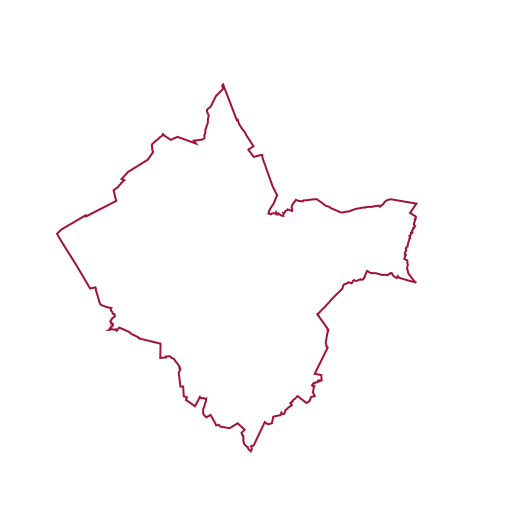 outline of Jiménez, Chihuahua, Mexico, rotated 238°
{"feature_id": "50627088B9615027683396", "entity_name": "Jiménez", "entity_type": "district", "adm_level": 2, "iso_a3": "MEX", "parent_name": "Mexico", "parent_adm1": "Chihuahua", "projection": "albers", "projection_center": [-104.567, 26.97], "detail": "fine", "context": "isolated", "style": "outline", "palette": "rose", "viewbox_px": 512, "rotation_deg": 238, "n_neighbors": 0, "source": "geoboundaries", "source_scale": "gbopen_adm2", "svg_char_len": 6070}
<svg xmlns="http://www.w3.org/2000/svg" viewBox="0 0 512 512"><g transform="rotate(238 256 256)"><path d="M380.3,99.0L370.1,98.7L344.0,98.8L316.3,98.1L314.8,102.3L314.8,102.9L314.4,103.2L312.5,102.7L312.1,102.2L311.0,101.8L310.8,101.9L309.3,101.4L308.1,101.3L307.7,100.9L306.9,100.7L306.0,100.7L303.6,99.7L301.7,99.5L301.5,99.2L300.8,98.9L297.4,98.4L295.9,99.1L293.8,100.9L292.7,101.4L292.5,101.8L291.1,103.0L288.5,105.8L287.8,104.7L286.8,104.1L285.8,104.1L284.5,104.6L283.3,104.0L282.8,104.0L281.8,105.0L281.1,105.1L280.5,104.9L280.2,104.3L279.5,104.1L279.4,103.2L279.5,102.4L279.4,101.3L277.8,97.8L276.1,98.1L275.9,98.0L275.9,97.6L275.4,97.4L275.3,98.0L274.6,98.5L274.1,98.5L274.1,98.3L273.1,97.9L272.5,96.6L272.7,96.3L272.9,96.2L273.0,95.8L272.3,94.7L272.3,94.3L272.1,94.0L271.8,93.2L271.5,92.9L271.3,93.1L271.3,92.2L270.8,93.1L270.7,93.9L271.1,94.6L270.8,94.5L269.7,95.6L268.0,97.7L268.1,98.3L266.5,98.3L267.8,102.1L259.3,107.9L257.0,108.8L255.6,109.1L253.4,110.7L248.7,113.5L248.1,113.1L232.2,128.6L220.3,120.8L217.7,125.8L218.6,126.3L216.5,130.0L213.8,130.5L213.2,131.4L212.0,131.9L209.9,131.9L205.1,132.5L202.2,132.4L202.2,132.0L201.7,131.6L200.2,132.0L197.9,128.6L185.3,122.7L184.1,124.9L183.8,125.0L175.3,120.4L172.7,122.5L171.1,120.3L160.9,124.7L166.2,133.8L164.7,134.0L164.2,134.4L163.2,136.3L162.9,136.4L162.4,137.0L161.2,137.2L161.3,138.0L159.6,136.8L157.7,134.4L155.7,132.3L155.3,131.5L154.6,130.7L154.5,130.3L150.5,127.7L149.7,127.8L148.9,127.6L145.5,128.3L145.3,133.2L135.5,132.8L133.5,132.5L132.6,135.0L130.3,135.3L124.0,142.3L123.8,151.8L114.8,154.3L113.6,149.9L111.3,149.5L110.9,149.6L110.6,150.0L109.9,149.9L109.2,149.1L107.4,148.4L106.2,147.3L104.5,147.1L103.7,146.5L102.2,146.4L100.6,146.9L99.7,147.0L98.9,147.3L98.4,147.8L96.5,147.2L93.1,148.1L94.3,150.0L97.4,151.3L96.5,153.5L110.5,175.4L108.2,176.3L106.6,177.6L105.8,180.9L110.6,185.5L108.5,191.4L108.0,192.3L109.7,194.5L108.8,194.5L107.7,195.3L107.4,195.3L107.4,196.6L109.6,199.2L109.9,201.6L110.4,203.3L110.5,207.2L113.1,207.1L113.0,208.6L113.3,208.8L113.3,209.8L113.6,209.8L114.2,211.5L114.3,213.4L115.2,217.0L104.6,220.9L104.6,224.4L107.2,228.0L106.1,231.6L110.1,232.0L114.4,235.8L114.6,236.4L115.5,235.3L115.9,235.5L116.6,235.0L117.4,236.4L117.4,236.8L117.0,237.8L117.6,238.1L117.0,239.0L117.2,239.9L116.4,241.2L116.4,241.7L116.6,242.2L117.1,242.3L117.5,243.0L117.2,243.4L116.4,243.2L116.1,243.4L116.0,243.8L116.3,244.1L116.4,244.6L115.7,245.7L120.4,248.3L125.0,243.4L140.4,268.3L142.3,267.8L142.8,268.4L145.6,269.2L147.8,271.4L149.2,272.3L150.5,273.7L152.3,275.1L154.0,277.3L155.1,277.2L155.4,277.4L155.4,277.7L155.2,277.9L154.1,278.3L171.2,277.3L171.8,277.5L172.1,277.2L174.2,277.2L174.2,278.6L175.5,283.3L176.4,287.9L177.1,289.8L178.0,293.7L178.5,294.7L179.3,297.2L182.5,311.8L184.8,314.5L185.2,315.4L185.0,317.2L184.7,317.9L184.8,318.5L184.5,320.0L184.7,320.6L182.4,322.3L182.1,322.8L183.5,325.1L183.6,326.4L183.1,326.4L181.6,328.0L180.9,332.3L180.4,332.4L180.3,332.7L179.7,333.2L179.8,333.8L179.5,334.5L179.8,335.7L180.3,335.9L180.7,337.3L182.4,339.1L184.5,342.2L183.2,343.1L182.0,343.4L180.9,344.3L179.8,345.7L179.4,345.9L178.8,347.2L177.6,348.9L172.9,353.1L172.4,354.1L172.3,354.7L170.1,357.2L170.0,358.7L170.4,359.6L169.9,360.3L170.2,361.2L169.5,362.0L168.9,362.2L167.7,361.8L167.0,361.8L164.9,362.5L162.7,363.6L163.8,365.7L161.7,365.8L151.8,374.6L151.1,375.6L149.2,377.0L149.2,377.4L149.7,377.5L150.1,376.9L150.8,376.8L160.7,376.0L164.1,377.3L164.9,377.1L168.3,380.2L170.2,380.8L172.0,382.0L175.0,380.2L177.0,382.7L177.7,382.9L177.4,383.2L177.5,383.6L178.3,383.4L178.5,383.6L178.9,383.5L179.4,383.7L180.3,384.5L180.6,385.6L181.2,386.4L181.6,386.4L181.8,386.8L182.5,387.1L183.1,387.0L183.6,387.9L183.9,389.8L185.1,390.5L188.7,394.7L189.3,395.1L189.3,395.7L189.5,395.6L189.7,396.0L190.3,396.2L190.4,396.5L191.5,396.7L191.3,397.0L192.0,398.3L192.2,398.8L193.4,399.5L192.9,399.9L192.7,400.3L193.1,401.2L194.2,401.7L194.6,401.5L195.0,401.9L195.0,402.3L195.7,403.6L195.7,404.4L196.0,404.7L196.3,404.6L196.2,405.0L196.6,405.7L196.9,406.7L197.6,406.4L198.1,406.7L198.6,406.4L198.9,406.5L200.5,407.9L201.4,409.3L202.9,410.0L203.2,410.4L203.0,411.0L203.4,411.7L204.2,412.0L204.8,412.4L210.9,409.4L215.4,419.8L232.6,400.5L233.7,397.5L233.9,395.6L233.5,393.0L232.4,391.4L232.5,389.5L232.1,387.2L232.7,387.0L233.7,386.9L234.0,385.9L235.0,384.0L236.5,379.7L236.9,379.3L237.7,378.2L239.1,375.3L239.4,373.7L240.1,373.0L243.1,365.5L244.1,361.3L244.2,359.7L245.0,357.4L245.6,356.6L246.7,353.2L247.9,351.1L249.3,350.0L249.9,349.6L250.2,349.6L257.1,344.7L258.2,344.5L259.4,343.8L261.7,341.7L266.2,340.1L272.2,337.5L273.7,334.3L274.0,334.1L276.8,327.7L277.9,326.0L278.0,325.1L277.6,324.5L277.7,324.3L280.0,321.5L282.4,319.6L282.1,319.3L282.1,318.6L281.8,318.3L281.5,316.8L280.9,315.9L280.3,314.1L279.3,313.0L279.3,312.7L278.6,312.3L278.2,311.8L276.5,311.5L276.0,310.8L275.2,310.4L278.8,307.5L278.5,306.5L278.5,304.4L277.6,303.1L277.7,302.3L278.0,302.0L277.0,301.9L276.2,300.6L275.6,300.4L276.1,299.6L277.1,298.8L279.4,297.9L279.3,297.6L280.3,297.5L280.5,297.1L281.2,296.1L282.4,296.2L282.1,295.8L281.0,295.8L280.4,295.5L281.8,294.8L283.0,293.6L283.6,292.1L283.4,290.9L285.4,289.1L285.9,290.0L286.7,290.2L287.6,291.7L288.1,292.2L290.5,297.1L290.5,297.8L296.0,305.5L296.0,306.1L306.2,307.0L335.7,313.5L338.3,314.8L339.3,313.1L341.2,306.6L350.1,305.8L350.3,306.1L350.4,312.0L364.6,311.8L365.7,312.2L372.1,311.6L376.6,311.5L381.2,312.7L381.2,311.7L418.9,319.0L418.3,317.6L415.2,316.5L412.9,306.8L406.8,297.0L406.0,291.9L404.1,290.9L400.0,290.3L397.6,287.8L394.2,285.4L390.0,280.1L387.9,278.8L385.4,275.9L384.2,275.5L383.2,274.7L383.1,272.4L386.8,264.4L383.1,264.7L398.6,252.6L399.7,245.3L407.6,241.6L408.3,241.9L408.7,241.7L407.9,240.6L407.6,238.9L407.6,236.8L406.9,234.1L406.7,231.3L405.9,227.3L405.0,226.2L403.5,225.7L401.0,224.3L398.7,223.9L395.0,215.2L395.1,192.1L392.5,182.8L390.1,184.4L389.9,183.0L389.3,180.6L388.7,179.1L388.5,177.5L387.5,175.6L387.4,174.9L387.6,174.5L387.1,170.0L376.8,166.6L379.6,132.9L380.8,133.2L381.6,104.7L380.3,99.0Z" fill="none" stroke="#9f1239" stroke-width="2"/></g></svg>